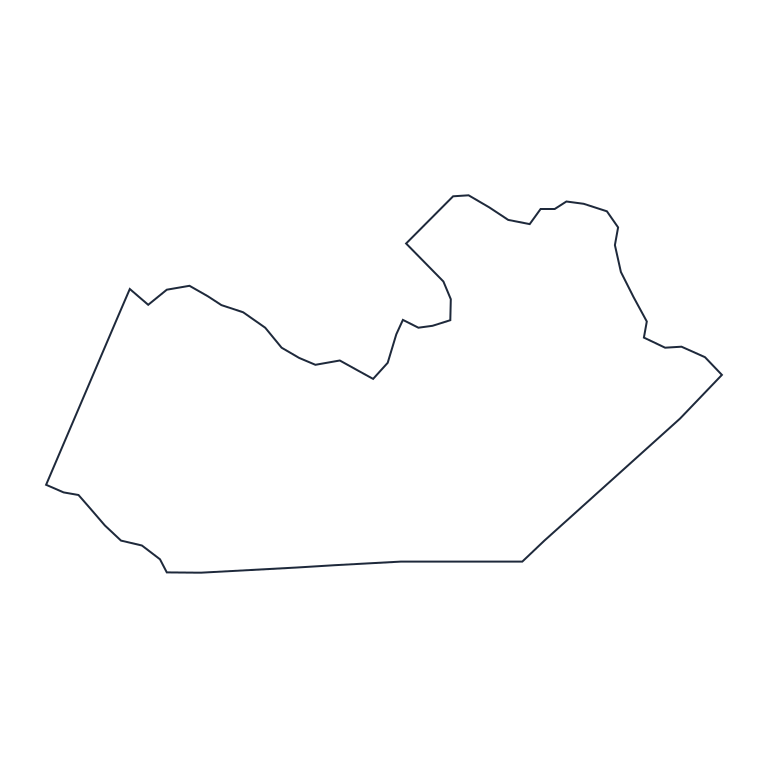 Ermo, Santa Catarina, Brazil
{"feature_id": "56859067B75265848961106", "entity_name": "Ermo", "entity_type": "district", "adm_level": 2, "iso_a3": "BRA", "parent_name": "Brazil", "parent_adm1": "Santa Catarina", "projection": "mercator", "projection_center": [-49.65, -28.985], "detail": "fine", "context": "isolated", "style": "outline", "palette": "slate", "viewbox_px": 768, "rotation_deg": 0, "n_neighbors": 0, "source": "geoboundaries", "source_scale": "gbopen_adm2", "svg_char_len": 879}
<svg xmlns="http://www.w3.org/2000/svg" viewBox="0 0 768 768"><path d="M606.9,211.3L583.7,203.8L566.4,201.5L554.7,209.0L540.6,209.0L529.7,224.1L508.2,219.9L489.3,207.4L468.6,195.3L453.1,196.3L406.1,243.5L443.4,281.5L450.8,299.2L450.3,320.2L432.5,325.8L418.4,327.7L402.9,319.9L396.3,334.3L387.7,362.8L373.1,378.9L358.2,370.7L339.8,360.5L315.4,364.8L299.1,357.9L281.6,347.7L265.2,327.7L243.2,312.3L221.4,305.1L207.9,296.3L189.5,285.8L166.8,289.7L148.2,304.8L129.8,289.0L117.5,317.6L46.1,484.8L63.6,492.4L78.5,495.0L88.8,506.8L104.9,525.5L121.0,540.6L141.9,545.5L160.0,559.3L166.8,572.4L200.7,572.7L297.1,567.5L334.7,565.2L400.9,561.6L480.4,561.6L522.3,561.6L544.4,540.6L564.1,522.9L680.0,418.6L721.9,374.9L705.0,357.2L681.5,346.7L665.1,347.7L643.9,337.6L646.8,321.5L633.6,297.2L620.9,272.0L614.9,245.1L618.1,227.4L606.9,211.3Z" fill="none" stroke="#1e293b" stroke-width="2"/></svg>